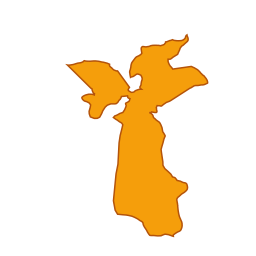 Monchy, Dauphin, Saint Lucia (Equal Earth projection), rotated 100°
{"feature_id": "8701671B61096532329378", "entity_name": "Monchy", "entity_type": "district", "adm_level": 2, "iso_a3": "LCA", "parent_name": "Saint Lucia", "parent_adm1": "Dauphin", "projection": "equal_earth", "projection_center": [-60.929, 14.054], "detail": "fine", "context": "isolated", "style": "filled", "palette": "amber", "viewbox_px": 256, "rotation_deg": 100, "n_neighbors": 0, "source": "geoboundaries", "source_scale": "gbopen_adm2", "svg_char_len": 5647}
<svg xmlns="http://www.w3.org/2000/svg" viewBox="0 0 256 256"><g transform="rotate(100 128 128)"><path d="M26.1,86.1L26.8,86.8L28.5,87.2L29.4,87.2L30.6,87.9L31.8,89.1L32.6,90.5L33.3,93.2L33.6,95.4L33.7,98.1L33.3,99.5L33.8,100.3L34.3,101.1L34.7,102.2L35.3,103.1L35.5,103.5L36.3,104.7L36.7,105.9L37.2,105.8L37.5,105.8L38.1,106.2L39.2,106.7L39.5,107.0L40.4,108.4L40.8,109.3L41.3,110.1L41.3,110.4L41.3,111.3L41.3,112.4L41.5,113.4L41.7,115.1L42.3,118.0L43.0,119.9L43.5,120.6L44.1,121.7L44.3,122.2L44.4,122.7L44.9,124.0L45.0,124.5L45.1,125.2L45.1,126.6L45.2,127.5L45.3,127.9L45.6,128.2L45.8,128.4L46.6,128.8L47.1,128.8L47.6,128.8L49.6,128.2L50.7,127.8L51.9,127.4L52.2,127.4L52.5,127.7L52.8,127.8L53.6,128.3L54.4,129.3L54.7,129.5L56.3,131.8L56.9,132.4L57.4,132.8L61.7,135.0L62.9,135.5L63.4,135.7L64.3,135.8L65.2,135.9L66.3,135.9L67.3,135.8L67.8,135.8L70.0,135.9L71.8,136.2L72.2,136.1L73.1,136.0L74.3,135.5L74.8,135.4L76.2,134.9L76.7,134.7L77.1,134.5L77.7,134.3L77.2,133.7L77.1,133.4L76.4,131.9L75.8,131.2L74.2,129.6L73.8,129.2L73.4,128.7L73.3,128.4L73.2,128.1L73.2,127.7L73.2,127.2L73.4,125.9L73.8,124.5L75.1,123.5L76.4,122.7L78.1,122.5L79.8,122.8L81.8,122.8L82.9,122.7L83.2,122.7L83.8,122.8L85.6,123.4L86.2,123.2L86.6,123.0L87.5,121.5L87.6,122.2L87.7,122.7L87.9,123.4L88.3,124.4L88.9,125.4L89.7,126.8L90.6,127.8L91.2,128.2L91.8,128.8L91.8,128.7L92.3,130.7L92.3,131.1L92.2,131.4L92.0,131.9L91.5,133.2L91.0,134.1L90.6,134.4L90.2,134.5L88.8,134.1L87.7,133.6L73.6,148.2L73.8,148.6L73.7,149.9L73.4,151.5L73.2,152.2L72.9,152.7L72.5,153.4L71.9,154.2L71.5,154.6L71.0,155.8L70.3,156.7L69.8,157.0L69.5,157.1L68.4,157.2L68.3,157.6L68.0,158.9L67.8,159.7L67.5,163.5L67.5,164.4L67.6,164.9L67.4,167.6L67.4,168.6L67.5,170.1L67.6,171.5L68.0,173.7L68.8,176.8L69.2,179.2L69.4,181.0L69.4,181.8L69.3,182.7L69.4,182.9L70.5,183.7L71.1,184.5L71.7,185.5L72.2,186.7L72.7,188.3L73.0,189.1L74.5,192.0L75.0,193.0L76.2,196.4L76.3,197.0L76.5,197.9L76.5,198.6L95.5,171.1L95.5,170.6L95.6,170.4L95.8,170.2L97.1,169.8L98.3,169.1L99.0,168.6L99.8,167.8L100.0,167.5L100.0,167.0L101.3,166.9L101.1,168.3L101.0,169.0L101.5,172.4L101.6,172.6L102.0,173.6L102.6,174.9L103.0,175.7L103.7,176.7L104.4,177.6L105.6,178.6L106.3,178.7L107.6,177.8L108.6,176.4L109.1,175.0L109.2,173.4L110.0,170.7L111.7,168.8L114.5,168.8L118.3,169.2L120.8,168.6L123.6,167.0L124.4,162.8L123.8,159.9L122.3,157.8L118.6,156.5L115.4,155.8L111.4,154.1L109.1,152.3L107.2,149.1L106.8,146.7L106.5,145.0L105.9,143.6L104.3,142.4L102.4,141.7L101.1,140.7L99.3,140.1L98.1,139.9L97.9,139.2L97.7,138.4L97.5,137.6L97.2,136.7L97.0,135.9L96.4,134.0L96.6,133.9L97.3,133.8L97.8,133.6L98.1,133.3L98.4,132.9L98.5,132.6L98.6,132.1L98.8,131.1L99.8,131.3L101.2,131.4L102.6,132.8L104.0,134.6L104.5,134.6L105.2,134.3L106.1,133.7L107.6,133.8L110.7,134.5L113.6,135.8L115.2,138.7L116.5,140.2L117.6,141.7L118.4,143.1L120.2,144.2L120.8,143.0L121.5,141.6L122.1,139.9L123.3,137.6L124.2,135.1L125.7,133.7L129.9,133.9L136.8,134.4L144.2,134.2L165.4,131.6L175.2,131.8L202.2,129.7L211.1,126.4L214.7,123.3L214.4,118.8L214.0,114.5L214.0,112.1L214.2,108.6L214.9,105.7L215.8,102.8L217.0,100.3L217.8,98.0L218.7,96.9L220.7,96.1L222.6,94.7L225.3,92.1L227.4,90.5L229.0,89.0L229.9,87.9L229.9,86.7L229.4,84.0L229.1,80.1L228.4,76.8L227.3,75.2L226.1,73.1L226.0,69.6L226.7,65.6L226.8,64.5L226.2,64.7L225.6,64.9L225.3,64.7L223.7,63.2L221.7,61.0L221.2,60.1L220.5,59.2L220.1,58.8L219.7,58.5L219.1,58.2L217.4,57.8L216.8,57.7L215.6,57.7L214.9,57.7L214.2,57.9L213.5,58.0L212.3,58.3L211.7,58.6L210.8,59.0L209.5,60.0L208.7,60.4L208.2,60.8L206.3,62.0L205.0,62.6L203.6,63.2L201.1,64.1L199.2,64.7L196.3,65.5L195.5,65.6L195.1,65.8L193.9,66.2L193.6,66.2L192.8,66.6L191.3,67.1L190.4,67.5L190.0,67.5L189.2,67.5L188.8,67.4L187.6,66.8L187.3,66.6L187.0,66.3L186.4,65.8L186.1,65.5L185.6,65.2L185.3,64.9L184.2,64.1L183.8,63.8L181.9,61.7L181.2,61.0L180.1,60.2L179.6,59.7L179.2,59.5L178.4,59.2L177.9,59.0L176.3,59.0L175.7,59.3L175.2,59.3L173.3,60.2L172.8,60.6L172.2,61.6L172.1,62.7L172.1,64.1L172.0,64.6L171.5,66.5L171.3,67.1L171.1,70.6L170.6,71.0L169.8,71.9L169.4,72.3L169.1,72.7L168.8,73.1L168.7,73.5L168.6,74.1L168.5,75.2L168.4,75.7L168.3,75.9L167.9,76.1L166.0,77.8L164.0,80.8L161.6,84.7L158.7,87.1L155.3,87.8L146.6,90.7L143.4,91.7L140.0,91.4L136.6,91.0L132.6,90.7L129.4,90.0L128.7,90.4L128.0,91.0L126.9,91.9L125.8,93.0L125.5,93.2L121.7,94.6L120.1,95.6L119.0,96.3L117.7,97.3L117.0,98.0L116.9,98.1L115.2,101.7L114.8,102.1L114.7,102.3L114.3,102.9L113.5,104.3L113.2,104.7L112.8,104.9L111.3,105.7L110.7,106.2L110.4,106.6L109.8,107.5L109.5,108.2L109.1,109.7L108.9,108.1L108.1,107.6L108.1,106.7L108.1,104.5L107.9,103.0L107.3,102.4L106.3,102.4L105.3,103.0L103.9,103.3L103.0,103.7L102.2,103.5L100.9,103.2L100.8,102.0L100.6,101.0L100.6,100.6L100.7,99.3L100.6,99.1L100.4,98.7L100.0,98.3L99.7,98.1L98.6,97.1L98.3,96.9L97.9,96.4L96.1,94.6L95.6,93.7L95.2,93.0L94.9,92.6L94.6,92.0L93.9,91.1L93.2,90.3L78.1,74.0L77.5,73.0L75.8,71.1L75.1,70.4L74.4,68.8L74.1,67.0L73.8,65.9L72.9,63.5L72.5,61.6L72.1,60.6L71.5,59.6L70.9,58.8L70.3,57.8L69.8,57.4L69.3,57.5L68.6,57.7L67.8,58.1L67.1,58.5L65.7,59.7L64.9,60.6L63.4,62.3L63.2,62.7L62.8,63.8L62.4,64.3L61.8,65.0L61.6,65.5L60.2,67.1L59.1,68.7L58.5,69.7L58.2,70.5L57.2,73.2L56.9,74.5L56.5,75.9L56.4,76.4L62.2,94.2L61.0,95.3L59.6,97.2L58.4,98.3L56.8,99.4L56.2,99.7L55.5,100.1L55.0,100.2L54.4,100.3L53.3,100.5L53.0,98.8L52.9,98.4L52.6,98.0L52.2,97.5L51.3,96.7L50.8,96.3L50.2,95.7L47.7,92.9L47.2,92.3L46.8,91.9L45.3,91.6L44.2,91.3L43.4,91.1L42.3,90.8L41.9,90.7L40.6,90.6L38.7,89.7L38.0,89.3L37.1,88.3L36.7,87.9L34.7,86.4L32.6,84.7L31.8,84.3L31.4,84.2L31.1,84.1L30.0,84.2L29.4,84.4L29.0,84.5L26.7,85.9L26.1,86.1Z" fill="#f59e0b" stroke="#b45309" stroke-width="1.5"/></g></svg>